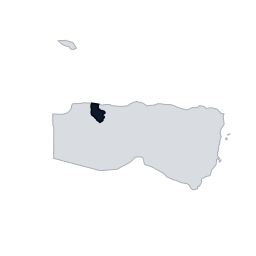 Al Masilah, Al Mahrah, Yemen shown in context, rotated 203°
{"feature_id": "15242507B86858383588753", "entity_name": "Al Masilah", "entity_type": "district", "adm_level": 2, "iso_a3": "YEM", "parent_name": "Yemen", "parent_adm1": "Al Mahrah", "projection": "mercator", "projection_center": [50.513, 15.552], "detail": "fine", "context": "in_parent", "style": "filled", "palette": "ink", "viewbox_px": 256, "rotation_deg": 203, "n_neighbors": 0, "source": "geoboundaries", "source_scale": "gbopen_adm2", "svg_char_len": 5387}
<svg xmlns="http://www.w3.org/2000/svg" viewBox="0 0 256 256"><g transform="rotate(203 128 128)"><path d="M202.8,111.5L194.5,114.6L192.3,115.9L190.3,117.6L188.9,119.7L187.8,123.4L188.6,126.7L188.5,128.5L186.4,129.7L184.4,130.5L182.2,131.8L180.8,132.2L179.7,133.2L178.5,133.9L173.8,135.8L168.8,137.3L160.8,139.0L157.7,140.9L154.9,142.2L150.6,142.6L144.7,144.4L141.5,145.8L137.4,148.1L136.5,148.9L135.8,150.6L134.5,152.1L132.1,154.5L130.3,155.8L129.0,155.8L126.7,156.5L123.9,156.7L119.1,155.8L117.9,156.4L116.9,157.3L113.3,159.0L109.6,162.3L106.9,163.2L102.5,164.3L99.4,165.6L97.4,166.2L94.7,166.5L89.8,166.4L85.1,166.9L80.8,167.8L78.8,169.6L76.5,172.4L72.7,173.5L71.8,174.5L70.7,176.6L68.2,177.1L66.0,177.5L63.8,176.6L59.5,179.1L57.9,179.5L55.5,179.6L53.7,180.1L52.5,180.0L50.9,179.0L47.6,177.8L45.2,178.6L45.0,176.2L41.0,169.0L41.9,162.7L41.8,161.8L41.1,159.0L38.7,156.4L38.7,153.2L37.9,150.8L37.3,148.4L37.5,147.8L37.6,147.2L36.3,143.5L35.9,142.8L35.8,142.0L36.2,141.4L36.2,140.7L35.5,139.6L34.8,137.4L31.6,135.7L32.3,134.1L32.9,134.7L33.7,135.1L33.9,134.1L33.9,133.3L32.6,128.5L34.6,122.1L33.9,116.3L37.0,113.9L37.8,113.2L38.2,112.6L38.9,111.3L39.9,110.8L40.3,109.4L40.2,108.7L39.6,108.1L39.1,106.5L39.3,104.4L39.4,103.6L39.8,102.0L40.8,101.4L41.1,100.9L40.3,99.9L40.3,99.3L42.2,97.6L42.9,97.1L44.1,96.6L45.0,96.6L46.1,96.9L47.0,97.4L47.9,98.2L48.9,99.2L50.4,99.6L51.4,99.5L52.3,99.9L53.0,99.7L53.8,99.2L55.0,99.2L56.2,98.7L59.5,98.4L62.6,98.6L65.9,98.1L69.2,98.1L72.5,98.2L73.2,98.2L73.9,98.5L76.7,100.0L78.8,100.3L83.1,100.7L87.6,101.2L91.6,101.5L94.9,101.2L97.7,100.9L98.4,100.9L99.2,101.9L100.9,104.1L102.5,106.3L105.2,106.4L107.0,105.6L108.9,104.5L110.1,103.6L111.5,100.1L112.4,97.8L114.4,95.2L116.1,93.1L118.4,90.3L119.7,88.7L122.1,85.6L124.5,84.4L129.0,82.0L133.5,79.7L136.4,78.2L138.9,77.5L143.0,77.0L147.9,76.3L152.8,75.6L158.0,74.8L163.8,74.0L167.7,73.4L172.8,72.7L177.0,72.1L180.7,71.6L184.6,71.0L185.3,72.8L186.1,74.5L186.8,76.2L187.5,78.0L188.2,79.7L189.0,81.4L189.7,83.2L190.4,84.9L191.1,86.6L191.9,88.3L192.6,90.1L193.3,91.8L194.0,93.5L194.8,95.2L195.5,96.9L196.2,98.7L196.9,100.3L198.1,100.9L198.8,102.5L199.8,104.7L200.8,107.0L201.8,109.3L202.8,111.5ZM213.9,179.6L214.9,179.8L216.5,179.2L220.9,179.2L226.2,181.0L225.2,181.5L224.6,182.2L222.3,182.8L219.9,184.3L213.2,185.0L211.2,184.6L209.6,183.2L206.6,181.4L207.8,180.2L208.0,179.7L208.5,179.2L210.2,178.3L211.9,178.4L213.9,179.6ZM33.7,157.1L33.5,157.5L33.2,157.4L32.2,156.5L33.3,155.5L33.9,156.4L33.7,157.1ZM30.5,134.5L30.0,134.9L29.8,134.2L30.1,132.7L30.7,132.3L31.0,133.4L30.8,134.0L30.5,134.5ZM33.2,161.6L32.1,162.1L32.9,160.8L33.6,160.5L33.8,160.6L33.2,161.6Z" fill="#d9dde1" stroke="#a8b0b8" stroke-width="1"/><path d="M155.2,132.3L155.2,132.5L155.2,132.8L155.2,133.0L155.3,133.3L155.5,133.5L155.8,133.6L156.0,133.7L156.1,133.8L156.3,133.9L156.4,134.0L156.5,134.0L156.8,134.0L157.1,134.0L157.3,134.0L157.5,134.0L157.9,133.9L158.0,133.9L158.3,133.8L158.6,133.9L158.9,133.8L159.0,133.8L159.2,133.7L159.3,133.6L159.5,133.6L159.8,133.6L160.0,133.6L160.4,133.4L160.5,133.4L160.9,133.5L161.0,133.5L161.3,133.7L161.3,133.8L161.5,133.8L161.6,134.0L161.8,133.9L162.0,133.9L162.0,134.0L162.2,133.9L162.3,133.9L162.5,133.9L162.7,134.0L162.8,133.9L162.9,134.0L163.0,134.1L163.1,134.3L163.2,134.5L163.3,134.6L163.3,134.8L163.4,135.0L163.5,135.0L163.6,135.3L163.6,135.6L163.6,135.8L163.8,135.9L163.8,136.0L164.0,136.3L164.2,136.5L164.1,136.8L164.1,137.0L164.3,137.1L164.4,137.3L164.5,137.4L164.6,137.6L164.7,137.8L164.7,138.0L164.5,138.3L165.0,138.2L165.3,138.1L165.5,138.1L165.9,138.0L166.2,137.9L166.5,137.8L166.8,137.7L167.0,137.7L167.3,137.6L167.5,137.6L167.8,137.5L168.1,137.4L168.3,137.3L168.6,137.3L169.4,137.1L169.6,137.0L169.9,136.9L170.0,136.9L170.3,136.9L170.5,136.9L170.8,136.8L171.0,136.7L171.0,135.2L170.9,134.9L170.6,134.0L170.2,132.9L169.7,132.0L169.1,131.3L168.9,131.1L168.5,129.8L168.3,128.8L168.1,128.1L167.6,127.3L167.3,126.9L166.8,126.2L166.4,125.8L166.1,125.8L166.0,125.7L165.9,125.7L165.6,125.7L165.4,125.6L165.2,125.6L164.9,125.5L164.7,125.5L164.5,125.4L164.4,125.4L164.2,125.4L163.9,125.3L163.7,125.2L163.4,125.1L163.2,125.0L162.8,125.0L162.8,124.9L162.7,124.9L162.5,124.7L162.4,124.6L162.2,124.4L161.9,124.4L161.7,124.3L161.6,124.2L161.4,124.2L161.2,124.1L160.9,124.1L160.7,124.0L160.6,123.9L160.4,123.8L160.3,123.7L160.2,123.7L160.1,123.4L159.9,123.2L159.7,123.1L159.3,123.0L159.2,123.0L158.8,122.9L158.7,122.9L158.3,122.8L158.1,122.8L157.9,122.8L157.7,122.7L157.4,122.7L157.2,122.6L156.8,122.5L156.7,122.4L156.4,122.3L156.1,122.3L156.1,122.2L155.9,122.2L155.8,122.3L155.7,122.6L155.6,122.8L155.5,123.0L155.5,123.3L155.4,123.4L155.3,123.5L155.2,123.5L154.9,123.8L154.7,123.9L154.6,124.0L154.7,124.3L154.8,124.3L154.8,124.5L154.7,124.6L154.8,124.6L154.9,124.8L154.7,124.9L154.6,125.0L154.5,125.3L154.4,125.4L154.4,125.5L154.4,125.8L154.5,126.0L154.7,126.3L154.7,126.5L154.6,126.8L154.4,126.9L154.4,127.0L154.2,127.3L154.3,127.4L154.3,127.5L154.3,127.8L154.2,128.0L154.1,128.3L154.0,128.5L154.2,128.8L154.3,129.0L154.5,129.2L154.6,129.3L154.8,129.3L155.1,129.3L155.3,129.3L155.4,129.2L155.5,129.2L155.6,129.3L155.8,129.4L155.9,129.5L156.0,129.5L156.5,129.6L156.5,129.8L156.6,130.0L156.5,130.3L156.6,130.5L156.5,130.8L156.4,131.0L156.2,131.0L156.0,131.3L155.9,131.6L155.8,131.8L155.6,131.9L155.5,132.0L155.4,132.1L155.2,132.3L155.2,132.3Z" fill="#0f172a" stroke="#020617" stroke-width="1.5"/></g></svg>